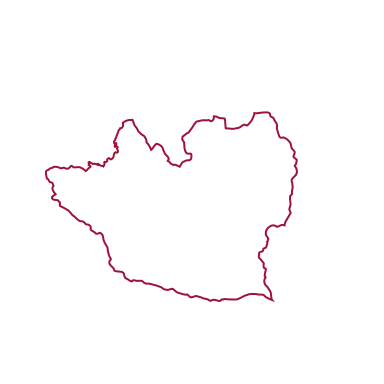 outline of Hiep Duc, Quàng Nam, Vietnam, rotated 217°
{"feature_id": "81297802B47304896634130", "entity_name": "Hiep Duc", "entity_type": "district", "adm_level": 2, "iso_a3": "VNM", "parent_name": "Vietnam", "parent_adm1": "Quàng Nam", "projection": "mercator", "projection_center": [108.135, 15.518], "detail": "fine", "context": "isolated", "style": "outline", "palette": "rose", "viewbox_px": 384, "rotation_deg": 217, "n_neighbors": 0, "source": "geoboundaries", "source_scale": "gbopen_adm2", "svg_char_len": 6063}
<svg xmlns="http://www.w3.org/2000/svg" viewBox="0 0 384 384"><g transform="rotate(217 192 192)"><path d="M220.1,265.5L219.0,264.1L218.6,262.9L218.6,261.4L219.2,260.2L219.5,259.9L220.1,259.8L222.1,259.5L223.5,257.9L225.5,256.7L227.8,254.5L230.7,251.0L230.9,249.9L230.9,248.1L230.6,243.4L230.5,238.0L230.7,237.0L231.5,235.4L232.8,230.6L232.5,229.8L231.3,228.0L228.2,226.9L224.3,222.4L221.8,220.5L220.0,219.8L218.9,219.9L218.1,220.3L216.5,221.6L215.8,221.8L215.4,221.8L214.6,221.0L213.2,219.1L212.7,217.9L212.9,216.3L213.5,215.6L215.6,213.7L217.4,210.3L217.5,208.6L217.0,204.8L221.3,203.9L222.0,203.6L223.0,202.4L223.4,202.3L226.6,201.9L228.1,202.5L228.5,202.5L229.9,202.2L230.1,202.2L230.4,204.0L230.7,204.7L231.0,204.9L232.7,205.6L236.4,206.2L240.0,208.1L241.5,209.3L243.6,210.1L246.5,210.1L247.4,209.9L248.7,209.4L249.4,209.0L249.6,208.6L249.8,206.9L249.8,202.0L250.0,201.1L252.7,202.6L254.4,203.3L256.4,204.0L258.0,204.2L259.4,205.6L260.7,206.6L262.7,207.5L264.2,207.9L266.6,207.6L271.4,208.2L274.2,209.6L277.5,210.5L278.5,211.0L282.9,213.8L285.8,211.4L287.0,209.9L287.9,208.3L288.9,205.7L286.9,203.4L286.6,201.9L286.7,200.8L287.8,199.6L287.4,198.5L287.7,197.8L287.7,197.0L287.5,196.2L286.9,195.3L286.8,194.3L286.2,192.6L286.2,191.8L285.3,189.7L285.3,188.3L284.6,187.4L284.7,186.1L284.6,185.2L283.3,184.0L283.0,184.0L282.1,185.3L281.8,185.3L281.3,184.9L281.2,184.3L281.6,182.6L281.1,181.8L280.7,181.7L280.2,182.7L279.6,183.2L278.7,183.3L278.2,182.8L278.1,181.6L275.9,180.2L275.5,179.8L275.3,179.3L275.5,178.4L275.9,178.0L276.9,177.8L277.3,176.8L277.3,175.9L277.0,175.1L275.7,172.4L275.7,171.2L276.0,169.9L276.4,169.3L276.8,169.0L277.1,169.0L278.1,169.2L278.7,169.1L278.9,168.9L279.3,167.8L279.3,167.2L279.2,166.7L278.4,165.9L278.4,165.3L278.6,164.5L279.2,163.8L280.0,163.4L280.0,163.0L279.1,162.2L278.6,161.4L278.2,160.2L278.2,159.4L278.6,159.6L279.6,158.6L280.7,158.1L282.0,158.0L282.9,157.3L283.2,158.0L283.9,158.0L284.5,157.6L284.6,156.7L285.6,156.4L287.0,155.8L288.4,154.5L289.5,154.6L290.2,154.3L291.5,154.4L292.1,154.3L292.3,153.9L292.4,153.3L292.1,153.1L291.6,153.1L291.2,152.9L291.0,152.4L290.8,151.3L290.4,151.3L289.0,151.6L288.6,151.5L288.3,151.2L288.4,150.2L288.9,148.8L289.0,146.8L289.5,144.8L293.2,144.9L296.1,144.4L297.4,143.7L301.2,140.5L301.8,140.4L303.6,140.5L304.1,140.2L304.4,139.2L304.5,137.7L305.0,136.1L305.2,135.9L306.6,134.9L308.7,134.4L309.2,134.0L309.9,133.5L310.7,132.1L313.8,131.2L315.0,130.7L316.9,129.5L317.5,128.9L318.0,127.5L319.6,125.2L320.0,123.2L320.8,122.1L321.0,121.0L320.7,120.1L319.8,118.8L316.0,115.4L315.4,115.6L314.3,115.5L311.7,114.4L309.5,115.1L308.8,115.1L306.3,113.6L306.1,111.8L305.6,110.8L305.1,110.3L303.2,109.2L301.4,108.5L299.7,108.3L299.5,108.1L299.6,107.8L300.5,105.6L300.8,104.1L300.7,103.6L300.1,102.8L299.1,102.5L297.6,102.7L295.0,104.3L293.8,104.7L292.5,104.2L291.3,104.1L290.9,103.9L289.7,102.0L289.0,101.4L284.3,102.3L279.8,102.8L278.3,102.7L273.2,101.5L270.9,101.7L268.3,101.2L264.6,101.2L263.7,101.4L262.0,102.6L260.4,102.9L257.2,102.4L255.1,103.6L253.5,103.7L252.8,103.6L252.2,103.3L251.3,102.5L250.4,101.1L249.5,100.8L245.9,101.2L243.7,101.0L243.1,101.2L242.5,101.7L241.7,102.7L241.1,103.9L240.2,104.2L239.4,104.1L237.9,103.8L237.1,103.5L233.4,100.2L231.1,98.9L226.1,96.8L223.8,94.4L220.5,91.7L219.6,91.1L216.4,89.6L216.2,89.0L216.3,87.9L216.2,87.1L215.5,85.7L214.5,84.9L212.0,84.3L209.6,84.0L208.2,83.6L206.5,82.5L205.5,82.7L200.1,85.9L199.1,86.1L197.7,86.0L196.7,85.4L195.4,84.2L193.7,83.2L193.0,83.2L191.2,83.6L187.7,83.8L186.3,84.3L186.0,85.9L185.5,86.5L182.8,87.7L178.9,90.7L177.8,90.9L175.5,90.7L174.3,90.9L173.6,91.2L171.5,92.7L170.1,93.5L163.8,96.0L159.3,97.4L156.4,97.4L155.5,97.6L152.9,98.9L152.3,99.4L149.4,103.0L148.2,103.1L144.7,102.8L142.9,103.0L137.3,105.1L134.9,106.4L133.9,107.4L131.3,107.0L129.8,107.0L128.8,107.9L127.8,109.1L126.5,111.1L125.8,111.6L120.8,113.5L118.4,114.0L117.6,114.6L115.3,115.5L113.9,115.9L112.4,115.9L111.9,116.1L111.5,116.5L111.3,117.1L110.8,117.9L109.6,119.2L107.2,120.3L105.3,121.0L104.4,121.6L103.7,122.7L103.6,124.2L102.4,124.8L101.9,125.9L97.7,128.6L92.7,132.2L91.1,133.8L89.2,137.3L87.5,140.9L85.0,144.5L83.4,146.1L79.3,149.2L78.0,149.6L73.8,152.5L72.9,152.9L70.2,152.5L68.6,152.7L65.4,153.3L63.0,154.0L64.0,154.3L68.4,158.9L70.2,160.0L75.1,161.7L77.3,161.9L78.4,162.4L79.6,163.2L80.7,164.3L81.2,165.2L81.6,166.2L81.8,168.1L82.1,168.3L83.1,168.4L83.4,168.7L84.7,170.8L86.2,174.2L86.5,174.8L87.0,175.1L88.8,174.8L89.3,174.9L90.8,176.6L91.6,178.0L92.3,178.5L93.9,178.7L95.2,179.2L98.4,179.8L99.2,180.1L99.8,180.6L100.2,181.2L100.5,182.2L101.4,183.0L101.6,183.4L101.7,184.0L101.5,184.9L100.1,187.0L99.9,187.7L100.0,188.3L100.8,189.3L100.8,189.7L100.4,190.6L100.0,191.0L100.0,191.3L99.6,191.9L99.6,192.6L100.9,196.3L102.1,197.4L102.0,198.6L102.8,199.6L102.8,200.4L104.1,201.2L107.2,202.2L108.5,203.8L109.3,205.3L109.8,207.8L109.5,210.0L108.5,212.7L107.2,214.2L105.2,215.2L103.2,215.3L102.5,216.2L100.6,219.6L99.6,220.4L98.0,221.0L99.4,224.2L100.6,234.7L102.8,236.0L104.0,236.9L105.8,241.5L107.2,242.9L110.0,246.0L111.1,247.7L110.9,250.4L111.7,251.6L112.9,253.1L114.2,256.1L117.1,259.2L119.1,260.8L119.6,261.5L119.9,262.6L119.9,263.7L119.3,268.2L119.8,270.4L120.6,271.6L122.9,273.7L125.7,274.7L125.8,276.5L126.1,277.7L126.9,279.4L127.6,280.5L127.9,280.8L128.8,280.9L131.7,281.0L132.5,281.6L133.2,284.2L133.5,285.0L134.4,286.0L136.2,286.5L138.4,286.8L139.4,287.4L142.6,290.2L144.1,290.7L146.4,291.2L148.9,291.2L151.6,290.7L152.0,290.4L153.0,289.3L153.7,288.8L154.6,288.7L155.3,288.7L157.7,290.2L162.6,293.9L164.0,296.2L165.6,297.6L166.1,297.9L167.8,298.3L169.6,299.0L170.7,299.8L171.5,300.0L173.2,300.0L174.8,299.7L175.1,299.8L176.9,301.4L177.3,301.5L178.2,301.5L179.2,301.2L180.2,300.6L183.2,298.2L187.6,293.9L189.7,292.5L189.0,291.4L188.5,290.0L187.5,285.7L187.4,284.2L187.6,279.9L188.2,278.1L189.9,277.7L190.9,277.1L191.3,276.6L191.8,275.5L192.7,272.5L193.4,271.3L196.9,267.4L199.0,265.9L200.4,265.2L203.2,263.2L203.5,263.2L209.5,270.0L210.4,270.2L214.8,267.5L217.7,267.0L219.6,266.0L220.1,265.5Z" fill="none" stroke="#9f1239" stroke-width="2"/></g></svg>